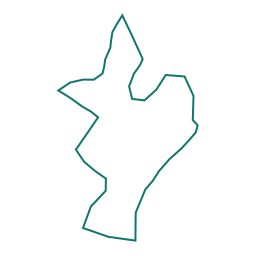 Xanlar, Natural Earth projection
{"feature_id": "AZE-1680", "entity_name": "Xanlar", "entity_type": "District", "adm_level": 1, "iso_a3": "AZE", "parent_name": "Azerbaijan", "parent_adm1": "", "projection": "natural_earth1", "projection_center": [46.29, 40.555], "detail": "fine", "context": "isolated", "style": "outline", "palette": "teal", "viewbox_px": 256, "rotation_deg": 0, "n_neighbors": 0, "source": "natural_earth", "source_scale": "10m", "svg_char_len": 698}
<svg xmlns="http://www.w3.org/2000/svg" viewBox="0 0 256 256"><path d="M184.6,76.5L193.5,95.9L192.8,120.0L197.7,125.4L195.7,132.5L188.6,140.7L181.3,148.6L169.5,159.1L159.0,171.1L152.7,180.9L145.3,189.5L135.7,212.6L135.4,240.6L108.3,236.8L83.0,228.0L90.9,206.5L105.7,190.8L105.9,178.6L95.1,171.0L84.2,161.9L75.9,149.6L87.5,132.9L98.1,117.3L90.7,111.4L81.7,106.2L70.3,97.9L58.3,90.5L70.2,82.5L83.2,79.6L93.8,79.7L102.5,73.6L104.2,66.6L105.2,59.4L107.8,53.5L110.3,47.7L111.2,39.8L112.4,32.1L117.1,23.7L122.3,15.4L131.9,35.4L142.7,59.1L140.7,63.8L137.5,68.8L133.9,73.6L131.6,79.8L129.1,86.3L132.1,98.9L144.4,100.4L156.4,89.6L165.7,75.0L184.6,76.5Z" fill="none" stroke="#0f766e" stroke-width="2"/></svg>